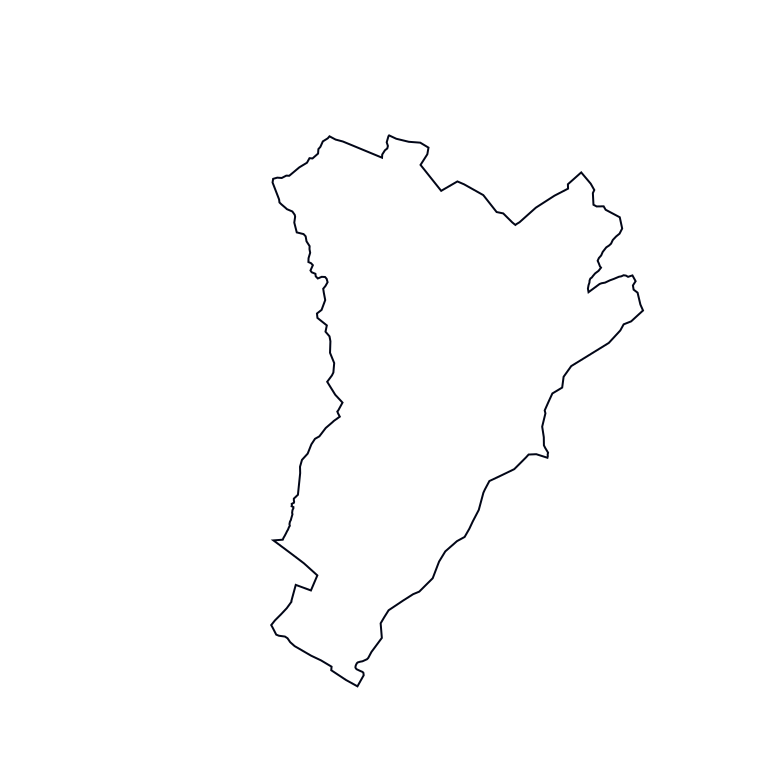 outline of Kurfi, Katsina, Nigeria, rotated 208°
{"feature_id": "59680162B7192144408722", "entity_name": "Kurfi", "entity_type": "district", "adm_level": 2, "iso_a3": "NGA", "parent_name": "Nigeria", "parent_adm1": "Katsina", "projection": "robinson", "projection_center": [7.483, 12.688], "detail": "fine", "context": "isolated", "style": "outline", "palette": "ink", "viewbox_px": 768, "rotation_deg": 208, "n_neighbors": 0, "source": "geoboundaries", "source_scale": "gbopen_adm2", "svg_char_len": 3526}
<svg xmlns="http://www.w3.org/2000/svg" viewBox="0 0 768 768"><g transform="rotate(208 384 384)"><path d="M265.5,104.6L265.2,117.3L266.6,119.3L267.8,119.7L270.0,119.5L271.8,119.4L274.2,119.3L275.4,119.7L276.3,120.5L276.8,122.2L276.9,124.6L276.5,125.8L274.8,127.5L272.8,129.1L269.8,133.0L269.3,134.7L269.3,141.5L266.7,158.8L274.6,171.1L274.3,178.2L273.7,186.4L265.6,201.5L259.6,212.1L255.4,217.2L249.8,235.4L251.6,249.8L252.0,253.1L251.3,265.0L245.8,279.5L241.0,286.8L240.7,296.3L241.1,304.3L241.2,317.3L245.2,334.7L245.4,338.3L245.4,347.8L237.4,358.5L229.0,370.0L224.2,385.7L223.2,389.6L216.6,393.5L205.1,395.6L205.5,397.2L206.4,398.6L206.9,400.4L211.6,403.2L214.0,404.9L217.9,412.0L224.3,420.6L227.7,433.9L229.7,436.1L230.4,445.9L230.9,454.7L225.0,464.5L228.8,474.7L227.1,487.7L204.8,525.8L200.5,542.2L200.4,549.2L195.2,555.3L192.4,563.2L189.8,570.5L194.9,574.5L203.0,583.7L207.9,584.5L210.5,587.9L210.1,592.9L215.6,596.5L217.3,594.8L218.8,593.2L221.3,593.3L223.5,592.5L225.0,590.5L226.9,589.0L230.4,584.7L233.2,581.6L236.4,577.3L239.2,575.1L240.0,574.2L240.6,573.5L246.5,561.1L248.7,563.9L249.8,567.3L250.2,569.9L251.1,572.0L251.3,574.0L250.5,575.6L250.2,577.6L249.5,580.8L247.7,584.6L247.0,588.6L248.6,589.3L251.0,591.4L253.2,593.1L253.4,596.1L252.6,599.5L252.9,603.3L251.9,609.0L250.3,611.9L249.4,614.5L249.6,618.6L248.3,623.3L246.6,627.3L246.7,633.1L254.1,641.9L270.1,641.9L273.5,644.0L279.6,640.6L283.2,640.6L289.2,650.6L289.4,654.0L295.5,657.9L309.2,663.4L315.4,646.7L313.2,642.9L321.9,630.3L332.7,611.0L340.3,590.4L342.1,587.4L342.7,586.1L346.6,586.9L358.8,590.6L365.3,588.7L385.0,597.4L407.0,597.9L414.3,597.3L424.2,581.4L454.6,594.6L453.6,607.2L455.7,613.6L465.3,614.1L475.8,609.5L488.3,606.3L496.2,605.9L496.4,604.9L495.1,598.7L492.3,596.0L491.7,593.5L492.9,590.8L493.3,585.8L492.0,582.9L524.1,579.8L534.2,578.8L541.5,577.1L548.4,577.1L549.0,574.5L551.9,569.5L551.5,563.5L552.2,560.6L550.4,556.5L553.0,549.6L555.8,548.4L555.9,543.2L558.0,539.7L560.5,535.5L565.4,523.4L568.1,522.1L571.0,517.9L575.1,516.1L578.2,513.1L577.0,509.6L564.3,498.6L563.2,497.6L561.5,495.2L559.4,494.6L559.1,494.5L553.7,493.3L551.8,492.8L545.9,493.3L542.3,491.5L541.0,490.0L539.0,484.4L532.2,476.9L525.4,478.6L522.5,477.6L519.4,473.6L514.4,470.8L513.1,468.1L510.8,465.2L509.7,459.7L508.0,456.2L505.1,456.4L502.6,455.5L502.2,449.7L500.3,448.7L496.3,449.1L494.8,447.0L492.0,446.1L491.0,447.3L489.3,449.4L486.3,450.8L484.7,450.2L484.1,450.0L481.6,447.4L481.7,443.0L482.4,439.6L480.2,436.6L475.3,430.5L473.9,420.1L476.3,414.8L473.8,411.1L462.0,408.9L460.2,402.7L454.5,400.5L451.4,396.6L446.3,386.2L437.8,379.1L434.1,370.4L434.0,367.1L435.2,359.3L422.0,351.6L411.9,348.1L412.0,339.0L412.3,337.8L410.8,336.5L407.7,334.4L410.9,328.0L411.7,325.7L414.8,317.8L415.5,313.5L416.5,307.4L419.2,303.2L419.8,296.6L418.7,286.7L420.8,278.5L419.3,271.5L416.2,266.0L408.0,245.8L409.8,240.5L409.0,239.0L408.0,237.7L407.8,236.8L408.8,235.5L409.2,234.8L408.5,233.9L408.2,232.7L406.2,232.8L405.6,231.5L405.7,230.5L405.5,229.4L404.6,227.0L403.7,226.1L403.2,223.7L402.8,221.8L402.4,220.2L402.4,218.3L401.7,215.9L400.6,214.6L400.7,212.8L400.4,210.4L400.5,208.4L400.4,206.1L400.4,203.0L400.5,201.1L400.3,199.0L408.2,194.0L387.3,190.8L370.6,188.1L353.0,183.7L351.6,167.4L367.6,165.2L363.9,148.9L363.5,148.3L364.6,140.4L366.8,132.3L369.3,124.1L370.4,118.2L367.8,116.5L361.5,112.1L358.6,112.4L352.9,114.5L349.8,114.2L345.6,112.0L339.8,110.6L320.8,109.9L309.9,110.4L297.6,109.8L296.2,106.5L278.5,104.8L265.5,104.6Z" fill="none" stroke="#020617" stroke-width="2"/></g></svg>